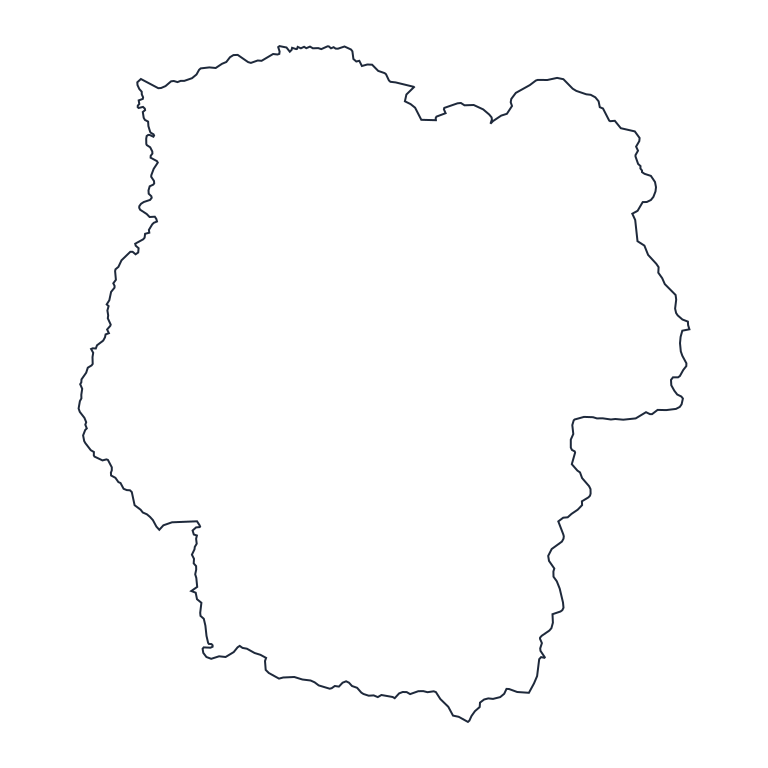 Phuoc Son, Quàng Nam, Vietnam
{"feature_id": "81297802B80912783182295", "entity_name": "Phuoc Son", "entity_type": "district", "adm_level": 2, "iso_a3": "VNM", "parent_name": "Vietnam", "parent_adm1": "Quàng Nam", "projection": "mercator", "projection_center": [107.809, 15.387], "detail": "fine", "context": "isolated", "style": "outline", "palette": "slate", "viewbox_px": 768, "rotation_deg": 0, "n_neighbors": 0, "source": "geoboundaries", "source_scale": "gbopen_adm2", "svg_char_len": 6008}
<svg xmlns="http://www.w3.org/2000/svg" viewBox="0 0 768 768"><path d="M689.4,329.3L688.1,325.1L687.9,321.6L682.4,319.5L677.7,315.4L676.1,313.0L675.1,308.6L676.2,299.6L675.6,295.0L664.8,284.1L662.2,278.2L658.3,272.7L658.6,267.2L656.3,263.8L648.1,254.9L644.4,245.6L637.5,241.2L635.2,220.0L632.3,213.7L637.6,210.8L642.7,202.1L646.8,202.0L650.9,200.0L653.4,196.9L655.5,191.4L656.0,187.2L655.0,182.0L650.9,175.9L644.5,173.8L642.0,172.1L642.0,170.5L640.4,168.5L640.5,166.1L638.1,163.9L635.5,156.5L635.5,155.1L638.0,150.7L636.1,146.6L639.3,141.1L639.6,138.0L634.8,131.4L620.8,128.2L614.8,120.8L610.2,121.2L609.2,120.6L603.0,108.5L599.8,107.2L598.6,101.3L595.3,97.3L590.7,94.8L586.3,94.3L576.3,90.9L572.7,88.7L563.4,79.2L557.1,77.9L547.3,80.0L537.8,79.9L535.9,80.5L529.8,85.1L515.8,92.9L511.3,98.9L510.7,102.2L512.0,106.0L506.9,113.8L501.2,115.6L493.0,121.1L490.5,123.7L491.9,119.5L491.6,117.4L489.2,114.5L483.2,109.4L473.7,105.0L464.5,105.3L460.9,103.0L457.6,103.3L444.3,107.9L443.9,109.3L445.6,113.2L436.5,116.6L435.7,118.0L435.9,120.2L421.3,119.8L415.1,107.7L410.6,104.1L404.9,101.3L406.4,94.5L414.0,87.1L413.7,86.8L395.6,82.4L390.4,81.8L388.9,80.4L386.0,74.2L384.6,73.1L378.2,70.9L372.1,64.7L367.3,64.5L361.9,66.0L359.3,60.8L356.3,61.5L353.4,59.0L352.4,51.3L351.0,49.5L344.5,46.5L337.9,48.7L335.6,48.6L333.6,47.2L331.0,48.3L328.8,46.4L327.6,46.3L321.3,49.1L318.2,48.1L312.9,48.3L310.0,46.6L306.3,48.2L304.1,46.8L300.9,48.3L297.7,46.9L297.0,48.9L296.2,49.1L292.1,47.8L291.6,49.9L289.8,51.7L286.5,47.5L279.5,46.1L278.2,47.1L279.6,51.5L279.3,53.9L277.5,54.5L273.1,54.0L261.6,60.8L257.7,60.5L250.9,62.9L248.1,62.1L237.7,54.9L233.4,55.1L230.0,57.2L226.3,62.0L222.0,63.8L215.7,68.0L209.3,67.4L200.7,68.4L199.1,69.8L196.5,74.5L192.0,78.2L184.2,80.9L180.6,80.9L177.5,82.1L173.8,81.0L171.1,81.3L165.5,86.1L161.1,88.0L158.3,88.2L140.9,79.0L137.3,82.3L137.5,85.1L139.3,89.0L141.7,91.7L141.8,94.4L143.1,97.3L142.8,98.9L138.7,100.4L139.3,104.0L137.8,105.6L137.7,107.1L138.6,108.0L143.0,106.9L144.8,108.6L145.1,110.1L142.8,112.0L143.7,117.8L144.9,119.9L148.1,121.6L148.4,126.1L150.1,131.7L150.7,132.7L153.5,134.3L154.1,135.5L153.4,136.7L149.7,135.0L148.3,134.9L146.7,136.0L146.2,138.7L146.3,144.0L146.8,145.1L150.2,147.3L152.3,151.5L152.4,153.6L150.7,155.8L150.6,157.7L156.9,161.1L157.8,162.6L153.7,168.8L151.3,175.2L151.2,176.8L154.0,181.0L154.2,183.4L153.3,184.6L149.7,186.3L148.5,190.4L148.7,193.7L151.3,196.2L151.7,197.8L150.1,199.9L143.8,202.0L141.0,203.8L139.3,206.2L139.2,207.8L140.1,209.7L146.7,214.0L149.6,217.0L154.8,216.7L156.3,218.9L157.0,221.5L153.8,222.8L152.2,224.4L148.9,229.9L149.3,232.7L145.1,233.8L144.6,237.7L143.2,239.3L135.2,243.7L135.7,245.7L138.6,248.2L138.2,252.5L135.6,254.3L132.6,251.8L130.3,251.8L121.5,260.3L118.4,266.9L115.5,269.3L115.1,271.1L115.9,279.8L113.3,283.3L114.6,285.9L114.5,287.7L111.1,291.9L109.3,300.3L106.7,304.4L108.6,306.1L107.4,310.5L108.2,315.4L107.8,318.3L110.7,324.6L110.3,325.8L107.1,329.5L108.9,333.2L105.6,334.4L105.0,337.3L103.2,340.6L97.0,345.3L95.8,348.5L92.7,348.3L91.1,349.0L93.2,352.8L92.5,357.1L92.7,363.9L91.6,365.4L87.8,367.7L86.2,372.7L81.5,379.4L81.3,382.4L80.2,384.2L82.2,388.8L81.3,394.8L81.4,398.4L79.9,401.1L78.6,408.5L79.8,411.9L84.4,417.8L86.2,422.2L85.3,424.7L86.8,428.4L85.2,430.0L83.1,435.4L84.2,441.1L85.4,443.2L90.8,450.2L93.9,452.0L93.8,455.4L94.5,456.6L102.5,460.4L106.4,459.4L107.9,459.9L111.8,467.3L111.8,470.3L110.9,472.7L111.1,475.5L115.4,477.8L118.4,482.1L120.5,483.0L123.6,488.8L126.8,490.1L130.0,490.3L131.8,492.1L134.6,505.2L140.6,509.7L142.8,512.5L146.9,514.3L150.0,516.9L152.9,520.1L156.4,526.6L159.3,529.8L163.4,525.3L172.0,522.3L197.0,521.3L199.6,525.3L200.1,526.6L199.6,527.1L196.1,527.4L192.6,530.5L193.8,534.5L196.9,535.5L196.1,538.8L196.7,543.7L194.8,546.9L194.5,549.3L191.9,554.7L194.0,558.8L193.7,563.4L196.1,566.1L196.2,569.6L195.2,574.3L196.3,577.9L197.2,586.9L191.3,591.0L195.7,592.7L197.0,599.2L201.4,602.8L200.2,612.8L200.5,615.9L203.8,618.8L205.4,625.7L206.5,635.9L208.1,642.8L208.8,643.9L211.5,644.1L212.6,645.3L212.6,646.7L210.5,647.7L203.7,647.4L202.6,648.8L203.3,652.9L206.4,657.0L211.2,658.8L219.1,656.3L225.6,657.0L233.7,652.1L237.6,647.3L239.7,645.9L242.5,647.9L246.9,648.7L254.6,653.0L260.4,654.8L266.1,657.9L265.0,661.0L265.7,669.9L268.8,673.0L279.0,678.6L283.2,677.5L294.3,677.0L302.4,679.5L310.6,680.5L314.6,682.3L318.7,685.4L329.7,688.7L331.7,688.2L334.8,686.0L338.9,686.6L342.6,682.7L346.1,681.3L349.0,682.7L352.0,686.0L357.1,687.8L361.3,692.6L363.5,694.0L368.7,695.7L373.7,695.4L377.8,697.1L381.4,695.0L392.7,697.0L394.7,698.2L399.1,693.4L402.7,692.0L406.7,692.1L410.1,694.1L418.3,691.2L423.2,691.1L427.5,692.2L433.7,691.3L435.9,692.1L440.3,699.0L448.3,706.8L453.0,715.6L458.7,716.8L467.9,721.9L469.4,720.6L471.5,716.0L474.9,711.2L479.7,707.0L480.0,702.6L484.1,699.5L488.3,698.4L493.0,698.9L500.2,697.1L504.2,693.8L506.5,688.9L509.0,689.0L517.2,692.0L528.9,692.8L534.0,683.4L537.1,676.1L539.2,659.2L541.1,657.1L544.4,657.8L544.8,657.3L540.5,650.9L540.2,648.4L541.9,643.1L540.0,638.8L540.1,637.6L541.7,635.8L549.3,630.6L551.4,628.2L552.9,622.7L552.5,614.2L560.5,611.5L562.3,610.2L563.5,607.7L563.0,602.5L559.7,588.6L556.8,581.3L553.5,576.7L553.4,571.5L554.3,568.5L549.0,560.9L548.2,555.9L551.7,549.0L561.9,541.6L563.5,538.7L563.8,536.3L563.3,534.4L558.3,521.4L563.2,517.7L567.7,517.3L571.5,513.9L577.7,509.7L582.1,505.1L581.9,501.3L588.4,497.4L590.0,495.7L590.6,493.6L590.5,489.1L589.1,486.2L582.1,478.1L580.0,472.4L577.4,470.6L571.8,464.2L575.1,452.6L574.7,451.4L571.9,449.9L570.8,447.6L570.8,439.6L573.3,434.0L572.3,425.1L573.7,420.4L574.6,419.5L584.0,416.9L593.0,417.2L596.9,418.4L602.6,418.3L610.9,419.5L615.3,419.0L623.3,419.7L635.7,418.4L646.0,412.2L649.9,414.1L652.1,414.1L657.6,409.9L666.2,410.1L676.0,408.9L679.8,406.9L681.6,404.3L682.9,398.5L681.3,396.5L677.2,394.5L674.3,390.7L671.3,385.3L671.0,379.9L673.0,377.3L678.1,377.3L679.9,376.0L683.3,369.9L686.3,366.1L686.4,363.3L682.3,355.7L680.8,351.4L680.0,343.2L680.6,336.9L682.3,330.7L689.4,329.3Z" fill="none" stroke="#1e293b" stroke-width="2"/></svg>